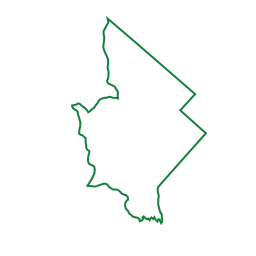 the district of Mirinzal, Maranhão, Brazil, rotated 132°
{"feature_id": "56859067B82265545295101", "entity_name": "Mirinzal", "entity_type": "district", "adm_level": 2, "iso_a3": "BRA", "parent_name": "Brazil", "parent_adm1": "Maranhão", "projection": "albers", "projection_center": [-44.795, -2.07], "detail": "fine", "context": "isolated", "style": "outline", "palette": "green", "viewbox_px": 256, "rotation_deg": 132, "n_neighbors": 0, "source": "geoboundaries", "source_scale": "gbopen_adm2", "svg_char_len": 2237}
<svg xmlns="http://www.w3.org/2000/svg" viewBox="0 0 256 256"><g transform="rotate(132 128 128)"><path d="M188.1,77.5L189.3,75.7L189.5,73.7L189.8,72.0L190.7,70.1L190.5,67.1L190.7,64.9L189.8,63.9L189.5,62.5L188.4,61.1L188.0,58.6L189.3,56.9L187.8,55.9L185.5,55.9L184.8,57.4L183.3,57.2L183.4,55.0L183.1,52.8L181.6,52.2L182.0,50.3L180.4,50.6L178.8,50.7L178.8,48.4L176.7,48.7L177.5,46.8L177.8,43.6L175.4,44.3L174.8,43.0L175.7,41.9L176.5,39.6L174.9,39.9L173.6,40.8L172.2,42.4L170.8,44.0L169.7,44.9L169.3,46.5L168.7,48.2L166.7,51.4L165.3,53.5L163.7,55.3L162.0,56.6L160.3,58.2L158.8,58.9L157.6,60.1L156.6,61.6L155.3,63.4L153.6,65.0L151.8,66.1L123.2,66.4L120.2,66.4L79.8,66.6L79.9,101.0L66.5,100.9L63.7,100.9L57.9,100.8L58.6,138.7L58.6,140.3L59.2,170.2L59.3,177.6L60.3,216.4L62.4,213.6L63.7,212.9L65.5,212.7L67.4,212.1L68.8,211.9L70.3,211.4L71.9,211.1L73.4,210.1L74.9,208.4L75.9,207.1L77.0,205.8L80.6,203.2L82.1,202.3L84.1,200.8L85.7,198.6L86.7,196.8L87.5,195.0L88.3,192.9L89.2,190.8L90.3,189.0L92.0,187.2L93.3,186.0L94.7,185.0L96.5,183.9L98.0,182.0L99.6,179.7L101.0,178.5L104.1,176.2L105.6,175.6L107.0,175.2L108.2,172.8L107.3,170.0L106.4,167.0L106.2,164.9L107.0,163.4L107.5,160.6L108.8,158.8L111.0,157.2L112.8,155.3L113.5,156.9L114.6,158.2L116.0,159.9L116.4,161.3L117.1,162.6L119.0,163.6L120.6,165.0L122.2,166.2L123.8,167.2L125.8,167.8L127.5,168.1L129.0,167.4L134.2,167.1L135.6,166.7L137.6,167.3L139.2,167.5L141.1,167.5L142.9,168.1L142.4,169.8L142.1,172.2L142.0,174.3L142.3,175.9L142.4,177.6L142.3,179.6L143.1,181.5L145.5,182.2L146.7,183.2L148.7,184.6L149.8,183.1L150.2,180.6L149.4,178.5L149.6,176.2L151.3,174.4L152.9,171.5L155.8,167.0L159.1,164.4L161.9,162.9L164.9,160.5L164.9,159.0L163.9,157.0L164.0,152.4L166.1,150.8L167.2,149.6L168.4,148.0L169.5,146.9L170.8,145.5L171.4,143.6L171.0,141.5L172.4,140.1L174.3,139.2L176.2,138.2L178.3,136.5L179.8,135.0L180.6,133.2L180.2,130.9L179.3,128.7L179.5,127.1L181.2,124.8L183.9,122.8L187.6,121.5L189.8,120.9L198.1,119.4L193.4,113.1L185.6,108.8L184.1,106.8L183.9,105.2L184.5,103.0L184.2,100.9L183.9,98.5L183.1,97.2L180.8,94.5L180.6,92.6L180.7,90.4L180.9,88.8L180.1,86.0L179.2,84.7L179.7,81.4L181.4,80.0L183.0,80.4L184.6,80.1L186.8,79.1L188.1,77.5Z" fill="none" stroke="#15803d" stroke-width="2"/></g></svg>